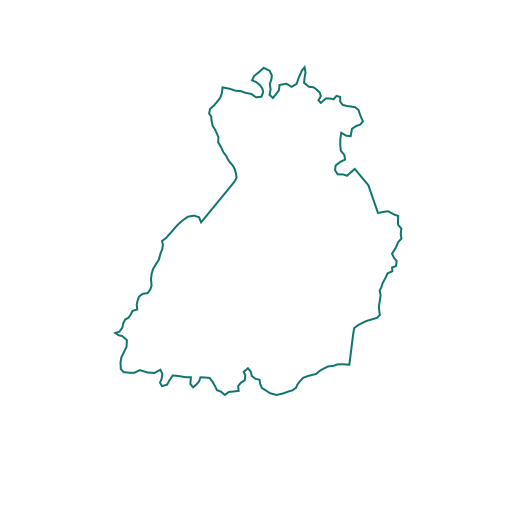 outline of Xanxerê, Santa Catarina, Brazil, rotated 45°
{"feature_id": "56859067B35284649743550", "entity_name": "Xanxerê", "entity_type": "district", "adm_level": 2, "iso_a3": "BRA", "parent_name": "Brazil", "parent_adm1": "Santa Catarina", "projection": "orthographic", "projection_center": [-52.422, -26.88], "detail": "fine", "context": "isolated", "style": "outline", "palette": "teal", "viewbox_px": 512, "rotation_deg": 45, "n_neighbors": 0, "source": "geoboundaries", "source_scale": "gbopen_adm2", "svg_char_len": 3041}
<svg xmlns="http://www.w3.org/2000/svg" viewBox="0 0 512 512"><g transform="rotate(45 256 256)"><path d="M252.6,424.5L254.5,418.9L261.6,415.1L267.0,410.4L268.8,404.0L273.1,405.5L276.1,409.6L277.7,413.4L281.5,414.5L284.1,410.0L282.6,404.6L281.6,399.4L285.0,396.5L288.2,394.1L291.3,392.0L295.7,387.8L300.1,392.9L304.4,393.4L304.7,389.3L304.4,384.8L302.5,381.1L305.6,378.2L309.5,375.0L314.4,375.7L319.4,377.1L323.3,378.5L327.1,376.7L332.2,376.3L332.9,371.4L335.9,367.7L339.1,363.7L335.3,360.5L334.9,356.1L335.9,351.7L332.8,347.9L329.2,346.6L329.7,341.1L333.9,341.4L337.9,343.8L342.3,343.3L346.0,341.0L349.5,343.5L353.5,345.2L357.5,344.2L362.9,343.1L368.7,339.8L371.9,334.9L374.4,329.6L376.7,325.3L377.5,321.0L376.1,317.4L375.6,313.3L375.5,308.7L378.0,303.4L381.8,297.1L382.3,292.1L383.4,288.1L385.1,283.0L388.4,279.1L390.2,275.1L394.2,270.9L398.9,266.9L379.1,241.4L376.4,237.5L377.2,232.2L378.7,227.6L380.0,224.0L382.9,218.6L385.3,214.2L385.3,210.1L381.9,207.6L378.3,204.5L375.6,200.6L371.8,195.6L368.0,193.1L366.7,189.5L364.7,185.6L363.4,181.0L361.3,175.1L363.2,170.4L360.4,167.9L362.1,164.0L358.9,160.0L354.9,159.7L350.5,158.2L349.2,151.9L346.7,145.6L346.5,140.8L343.0,138.3L339.4,133.9L334.3,133.4L331.1,130.3L328.2,127.1L325.1,128.7L317.7,131.0L314.7,135.1L311.8,139.3L285.4,126.5L264.2,124.6L263.6,134.9L260.1,136.6L256.0,140.5L251.3,139.5L248.3,135.7L249.0,130.0L250.8,124.8L247.0,122.1L241.6,121.6L237.0,117.9L232.6,113.3L229.2,108.6L234.6,107.2L238.2,104.4L233.9,98.1L235.0,93.0L236.8,89.4L236.3,85.1L232.2,83.6L229.0,82.2L225.3,80.3L220.9,80.7L217.7,83.0L214.4,85.5L210.4,87.9L206.2,87.2L203.1,84.0L199.7,85.9L200.0,90.3L197.0,92.3L194.1,95.0L193.5,101.9L190.1,101.7L188.8,97.1L185.5,95.4L181.6,95.4L177.2,96.1L174.0,98.8L167.6,99.6L164.6,96.1L161.3,91.3L156.9,88.2L157.4,92.7L160.1,99.6L163.0,105.5L161.6,111.2L155.7,112.7L151.7,118.4L155.0,122.7L155.7,127.1L156.2,132.4L151.5,132.4L148.5,127.8L144.2,124.7L141.8,120.0L139.5,117.1L134.6,115.4L128.4,117.5L128.1,123.6L127.4,130.1L129.0,134.5L133.2,132.9L137.8,132.4L141.6,132.9L145.1,134.9L147.2,139.6L143.9,143.7L137.9,144.8L133.4,148.0L128.8,150.1L124.4,153.8L119.6,156.1L113.1,160.4L116.5,164.6L118.8,169.4L119.4,174.3L119.9,179.3L119.5,184.5L122.0,188.3L125.7,189.1L128.9,191.7L133.2,194.6L137.7,195.6L141.4,196.9L145.6,198.7L148.8,202.3L154.4,203.8L159.6,205.7L164.3,206.3L167.7,207.6L171.2,208.2L175.9,208.5L179.3,209.5L183.3,211.7L186.8,214.3L188.1,217.9L188.7,223.5L193.4,271.0L188.3,268.9L183.7,271.2L180.1,276.3L178.9,283.0L178.6,288.8L178.8,293.7L179.2,297.8L179.3,301.8L179.7,306.8L178.9,311.8L182.2,313.9L185.0,317.6L186.7,321.8L189.9,327.3L191.1,332.9L192.5,338.2L194.7,342.2L197.9,346.4L203.2,350.9L204.9,354.4L205.6,358.8L202.6,363.0L202.0,367.5L203.8,371.2L206.1,374.8L209.8,377.7L207.5,382.3L208.8,385.9L209.5,389.7L208.4,393.4L209.5,397.0L212.2,401.2L212.9,406.1L211.0,410.0L215.0,409.1L218.0,407.2L224.3,406.8L228.7,411.8L230.3,416.6L232.5,422.9L235.5,427.1L240.3,431.5L244.6,431.7L249.9,427.3L252.6,424.5Z" fill="none" stroke="#0f766e" stroke-width="2"/></g></svg>